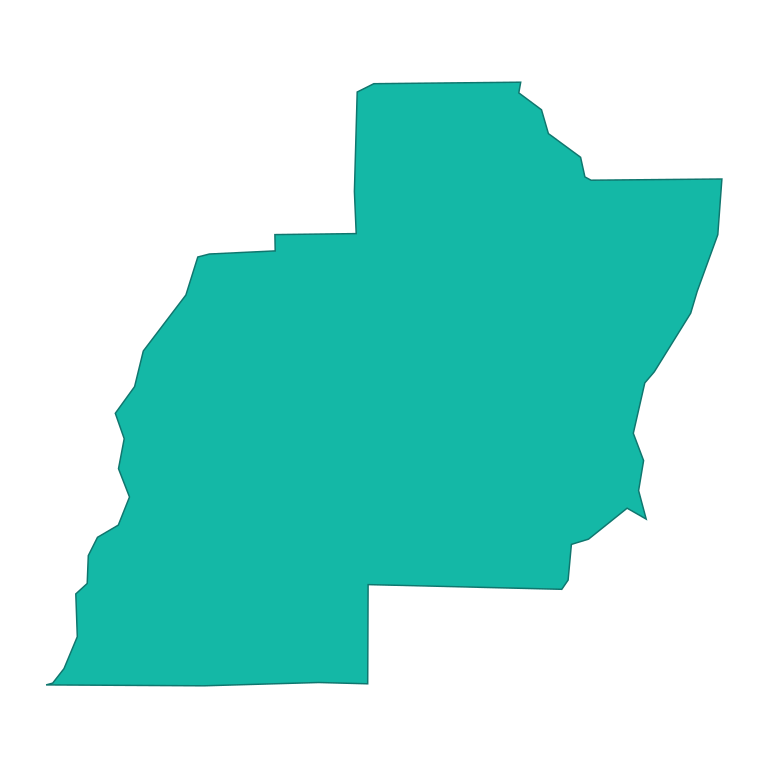 Barbour, Alabama, United States of America (orthographic projection)
{"feature_id": "52423323B4191008526240", "entity_name": "Barbour", "entity_type": "district", "adm_level": 2, "iso_a3": "USA", "parent_name": "United States of America", "parent_adm1": "Alabama", "projection": "orthographic", "projection_center": [-85.401, 31.883], "detail": "fine", "context": "isolated", "style": "filled", "palette": "teal", "viewbox_px": 768, "rotation_deg": 0, "n_neighbors": 0, "source": "geoboundaries", "source_scale": "gbopen_adm2", "svg_char_len": 756}
<svg xmlns="http://www.w3.org/2000/svg" viewBox="0 0 768 768"><path d="M134.6,386.6L115.3,413.3L124.2,438.7L118.5,468.7L129.5,497.0L118.3,525.1L97.5,537.3L88.3,555.6L87.2,583.5L75.8,593.9L77.3,636.7L64.0,668.6L52.7,683.1L46.1,684.9L203.9,685.8L318.7,682.5L367.7,683.8L368.1,584.6L561.8,589.3L568.1,580.1L571.4,544.4L588.6,539.1L627.1,508.2L646.2,519.1L641.2,500.4L638.6,490.6L643.6,460.6L633.3,433.3L644.8,382.9L654.3,371.8L690.7,313.2L697.2,291.3L708.8,259.4L717.8,234.7L721.9,179.0L591.0,180.2L584.9,176.9L580.6,157.3L548.4,133.6L541.5,109.8L518.8,92.9L520.7,82.2L373.8,83.7L357.2,92.0L354.4,191.5L356.2,233.6L274.9,234.6L275.2,250.9L209.4,254.0L197.8,257.0L185.9,295.0L143.3,351.0L134.6,386.6Z" fill="#14b8a6" stroke="#0f766e" stroke-width="1.5"/></svg>